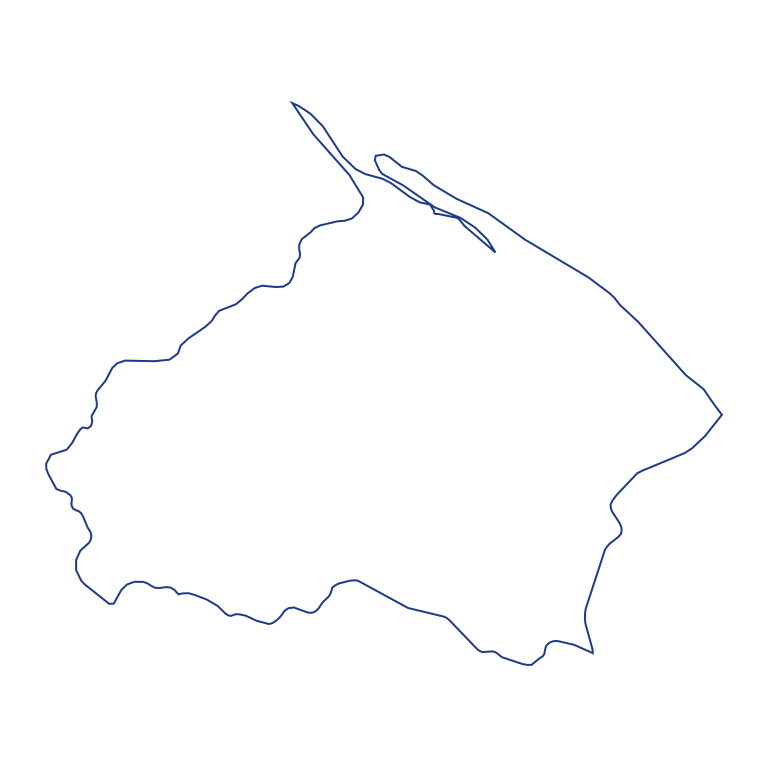 Barima-Waini, orthographic projection
{"feature_id": "GUY-675", "entity_name": "Barima-Waini", "entity_type": "Region", "adm_level": 1, "iso_a3": "GUY", "parent_name": "Guyana", "parent_adm1": "", "projection": "orthographic", "projection_center": [-59.909, 7.754], "detail": "fine", "context": "isolated", "style": "outline", "palette": "blue", "viewbox_px": 768, "rotation_deg": 0, "n_neighbors": 0, "source": "natural_earth", "source_scale": "10m", "svg_char_len": 2905}
<svg xmlns="http://www.w3.org/2000/svg" viewBox="0 0 768 768"><path d="M275.8,287.0L283.3,286.6L289.1,283.2L292.7,277.1L295.6,263.0L299.6,257.8L300.1,253.7L299.2,249.7L299.2,244.7L301.7,239.2L310.6,232.3L314.3,228.2L320.3,225.3L337.6,221.3L344.7,220.8L351.9,218.5L358.5,212.4L362.9,204.7L363.2,197.5L349.4,175.0L313.4,134.4L292.2,103.0L299.1,106.2L310.4,113.7L322.8,126.2L342.6,156.5L355.5,169.0L365.4,174.1L382.3,178.7L391.0,183.1L409.9,197.0L419.9,202.4L430.2,204.6L433.3,209.9L433.9,210.6L434.4,213.5L435.8,214.1L437.9,213.9L457.4,217.9L460.0,220.3L464.5,225.9L495.4,252.5L487.4,239.6L475.3,227.7L460.8,218.0L434.8,207.4L403.0,185.3L382.0,173.8L379.2,170.0L374.9,160.3L375.7,155.8L383.9,154.5L389.6,157.0L401.8,166.8L415.9,171.0L422.8,175.7L433.9,185.3L456.7,198.9L488.3,213.2L525.1,239.7L588.4,277.4L609.4,293.1L614.5,297.9L619.6,304.6L638.3,322.0L685.8,375.1L703.6,389.2L713.7,403.9L721.9,414.8L705.1,436.0L691.9,448.4L684.6,453.1L642.3,470.7L637.2,473.3L616.6,495.0L612.7,500.2L610.6,504.4L610.7,507.1L611.3,509.7L612.5,512.2L619.1,522.3L620.5,524.9L621.4,527.6L621.6,530.4L621.1,533.8L618.6,536.7L609.7,543.7L606.9,546.8L605.0,549.7L585.7,608.8L585.0,613.7L584.9,618.6L585.4,623.5L592.5,649.2L592.8,653.1L574.1,644.8L558.5,641.2L555.8,641.0L553.2,641.2L549.3,642.8L547.4,644.5L546.2,646.0L545.5,647.8L544.2,654.3L543.1,655.9L538.9,658.8L531.6,664.8L527.8,665.0L522.7,664.1L501.9,657.2L496.9,653.1L494.6,651.9L492.2,651.4L482.3,652.1L479.5,650.8L477.5,649.4L448.8,619.6L446.4,617.8L444.2,616.7L408.1,608.0L357.7,580.6L354.2,580.3L349.3,580.8L338.9,583.5L334.8,585.6L332.2,587.8L331.8,589.7L330.3,594.1L328.6,596.7L323.9,601.1L321.9,603.4L318.7,608.3L316.5,610.5L314.0,612.2L311.1,612.8L307.7,612.5L293.9,607.5L288.5,608.2L285.6,610.0L283.6,612.0L282.4,614.0L280.6,616.4L278.3,618.8L275.9,620.9L273.4,622.6L271.4,623.5L268.9,624.0L256.7,620.8L245.8,615.7L239.6,614.4L235.7,614.2L231.0,615.9L228.3,615.4L225.6,613.7L217.6,605.9L206.7,599.5L194.3,594.8L188.5,593.2L182.5,593.4L178.5,594.4L174.4,589.8L170.2,587.5L165.7,587.1L160.0,588.0L155.1,587.8L151.3,585.9L147.7,583.5L143.4,581.9L134.4,581.8L127.0,584.5L121.4,589.9L113.7,603.7L109.2,603.8L85.0,584.6L81.3,580.8L76.2,570.4L76.1,560.0L80.4,550.5L88.9,542.9L90.4,540.5L91.2,537.9L91.3,535.1L90.6,532.2L87.6,527.5L83.6,517.7L81.2,513.2L78.8,511.3L75.6,510.1L72.8,508.3L71.4,504.9L71.6,502.0L71.9,499.7L71.8,497.7L70.3,495.1L65.6,491.8L60.7,490.7L56.4,489.0L48.4,474.2L46.4,469.1L46.1,463.8L51.0,454.7L66.7,449.7L72.1,443.0L77.0,434.0L80.4,429.2L82.7,427.5L87.7,428.4L91.0,426.0L92.3,421.5L91.5,416.3L96.8,406.9L96.8,403.1L95.7,396.5L96.0,393.4L97.7,390.2L105.5,380.8L112.3,367.9L117.2,363.3L125.0,360.6L154.4,361.2L169.5,359.7L178.0,353.4L180.8,345.4L188.4,338.4L205.2,326.9L206.6,325.6L211.7,321.0L215.2,315.4L219.3,310.7L236.0,304.2L242.0,299.2L247.5,293.4L254.6,288.1L262.0,285.7L275.8,287.0Z" fill="none" stroke="#1e3a8a" stroke-width="2"/></svg>